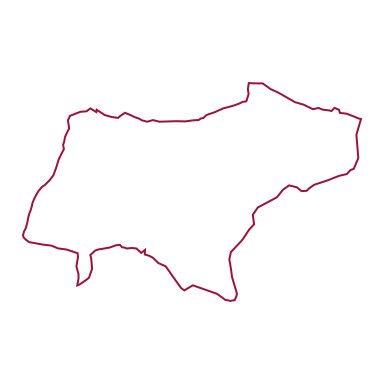 the district of Olamaboro, Kogi, Nigeria
{"feature_id": "59680162B45171834970391", "entity_name": "Olamaboro", "entity_type": "district", "adm_level": 2, "iso_a3": "NGA", "parent_name": "Nigeria", "parent_adm1": "Kogi", "projection": "orthographic", "projection_center": [7.511, 7.182], "detail": "fine", "context": "isolated", "style": "outline", "palette": "rose", "viewbox_px": 384, "rotation_deg": 0, "n_neighbors": 0, "source": "geoboundaries", "source_scale": "gbopen_adm2", "svg_char_len": 2233}
<svg xmlns="http://www.w3.org/2000/svg" viewBox="0 0 384 384"><path d="M339.8,112.9L339.1,109.8L334.4,107.9L331.5,111.0L329.0,110.4L322.9,109.7L318.5,108.0L312.9,109.2L303.7,104.7L294.8,102.1L281.1,94.2L277.4,92.2L270.8,89.2L262.6,83.4L256.3,83.4L248.8,83.1L247.9,89.1L248.6,94.2L246.3,101.3L242.7,101.9L238.7,103.8L233.6,105.6L228.1,107.1L223.2,108.4L214.7,112.2L206.5,115.0L203.2,118.1L200.7,118.5L198.7,120.0L193.3,120.3L185.4,121.4L175.9,121.2L166.2,121.5L159.3,121.7L153.0,120.1L147.2,121.7L141.9,120.3L138.8,118.5L134.6,117.1L130.1,114.9L125.0,112.8L120.9,115.5L118.0,117.9L111.7,117.0L104.9,115.1L96.7,109.8L96.3,112.1L90.3,108.4L86.6,111.3L80.4,111.8L70.0,115.8L67.9,120.4L69.2,128.5L67.4,131.8L65.0,137.0L64.3,141.0L64.1,142.0L63.1,144.8L63.9,149.2L61.4,153.9L58.8,159.2L58.6,159.8L56.0,168.2L53.4,175.2L49.9,179.9L45.2,184.7L41.8,187.1L38.5,191.0L34.7,197.7L32.5,202.9L31.9,205.9L30.8,209.8L29.3,213.7L28.4,216.8L27.3,222.6L25.8,228.2L24.1,231.3L23.0,235.2L23.7,237.6L26.5,240.2L29.1,242.1L42.2,244.5L51.4,245.6L58.1,248.4L66.5,249.5L77.6,253.2L78.0,257.0L76.4,266.4L78.5,274.2L78.5,278.5L77.3,285.4L79.7,284.4L85.4,280.5L89.0,277.7L89.8,275.3L92.1,268.8L91.8,265.3L91.5,261.9L91.1,257.9L90.3,255.0L95.3,250.5L96.8,250.0L99.4,249.2L101.8,249.0L103.5,248.6L109.9,247.5L115.0,245.6L116.0,245.3L117.7,245.1L118.4,245.1L119.8,244.8L120.4,245.4L121.4,246.4L121.7,247.0L122.2,247.3L122.4,247.3L124.2,247.5L126.7,248.5L131.8,248.0L136.5,248.5L138.5,250.4L138.9,250.7L141.3,252.9L145.0,249.9L144.8,254.5L149.0,255.7L152.9,257.7L158.4,263.1L165.6,266.3L166.4,267.3L174.4,278.7L177.7,283.3L181.1,288.0L184.3,290.4L192.8,285.3L217.0,293.8L225.2,299.8L230.4,300.9L233.5,300.3L234.7,300.1L236.4,296.2L236.9,293.8L236.1,290.5L234.2,284.4L232.0,276.8L231.2,270.7L230.1,263.6L229.3,259.5L230.9,252.1L236.9,245.7L239.1,243.4L241.8,240.5L244.0,237.5L249.2,229.5L251.4,227.2L253.2,225.2L254.1,224.3L252.8,214.8L257.8,207.5L276.9,197.3L283.1,189.6L289.1,185.4L296.9,187.3L301.5,191.1L306.7,190.8L309.0,188.5L314.1,184.8L327.5,180.4L339.2,175.8L346.8,174.1L350.4,170.1L353.7,168.9L356.2,163.0L358.3,158.1L356.4,134.8L357.5,131.0L361.0,119.0L358.3,118.4L353.7,116.4L346.6,113.7L339.8,112.9Z" fill="none" stroke="#9f1239" stroke-width="2"/></svg>